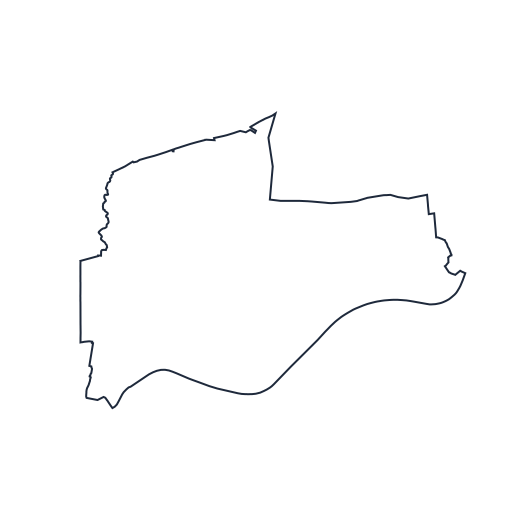 Renkum, Gelderland, Netherlands, rotated 346°
{"feature_id": "6326949B75793102771605", "entity_name": "Renkum", "entity_type": "district", "adm_level": 2, "iso_a3": "NLD", "parent_name": "Netherlands", "parent_adm1": "Gelderland", "projection": "albers", "projection_center": [5.777, 51.992], "detail": "fine", "context": "isolated", "style": "outline", "palette": "slate", "viewbox_px": 512, "rotation_deg": 346, "n_neighbors": 0, "source": "geoboundaries", "source_scale": "gbopen_adm2", "svg_char_len": 5879}
<svg xmlns="http://www.w3.org/2000/svg" viewBox="0 0 512 512"><g transform="rotate(346 256 256)"><path d="M309.4,122.4L305.8,123.7L302.1,124.4L298.5,124.9L291.3,126.6L281.7,129.4L281.7,129.8L283.0,131.1L286.3,134.4L284.8,136.3L281.6,132.8L280.5,132.3L278.0,132.9L276.1,133.5L270.9,130.8L267.6,131.0L264.3,131.3L260.6,131.5L257.0,131.7L253.5,131.7L246.7,131.5L243.8,131.4L243.8,133.6L235.8,131.1L235.0,131.1L234.8,131.0L234.7,131.1L225.6,131.2L219.1,131.4L209.8,132.0L207.2,132.2L204.6,132.3L202.0,132.6L201.3,134.5L200.5,134.2L200.6,132.7L193.7,133.4L185.2,134.0L181.5,134.2L173.9,134.3L166.3,134.6L163.4,135.6L159.9,135.5L159.3,134.6L156.7,135.4L150.5,137.4L142.6,139.0L137.0,140.1L137.1,140.6L137.2,141.2L137.1,141.5L137.0,141.8L136.9,141.9L136.8,142.1L136.5,142.2L135.5,142.6L135.2,142.7L135.1,142.9L135.0,143.1L135.0,144.2L134.9,144.5L134.5,144.9L133.7,145.1L133.2,145.3L133.0,145.6L132.9,145.9L132.9,147.2L132.8,147.6L132.6,147.9L132.4,148.2L132.3,148.3L132.0,148.5L131.6,148.7L130.8,148.8L130.3,149.0L130.0,149.2L129.5,149.6L129.2,150.3L128.6,151.3L127.7,152.6L126.9,153.7L126.8,154.0L126.7,154.3L126.8,154.7L126.9,155.0L127.6,155.9L127.7,156.2L127.7,156.6L127.6,157.0L127.4,157.7L127.2,158.7L127.2,159.1L127.4,160.1L127.4,160.4L127.3,160.6L127.2,160.7L126.5,160.7L126.1,160.7L124.9,160.2L124.4,160.1L124.0,160.3L123.8,160.4L123.5,160.8L123.4,161.0L123.1,161.8L123.0,162.0L123.0,162.7L123.0,163.0L123.2,164.0L123.7,165.7L123.7,166.0L123.6,166.3L123.3,166.5L123.1,166.6L122.4,166.7L122.2,166.8L122.0,167.3L121.8,167.5L121.5,167.7L120.6,168.0L120.4,168.2L120.3,168.4L120.0,169.4L119.4,170.8L119.3,171.9L119.2,172.6L119.1,173.1L119.1,173.6L119.1,173.9L119.3,174.0L120.3,174.8L120.2,175.3L120.2,175.5L120.4,175.9L120.7,176.3L121.7,177.4L122.4,178.3L122.5,178.8L122.4,179.1L122.2,179.5L121.7,179.9L121.0,180.1L120.8,180.2L120.6,180.4L120.4,180.7L120.2,180.9L120.1,181.4L120.2,181.6L120.2,181.8L120.4,182.1L121.2,183.1L121.3,183.3L121.4,183.5L121.3,185.2L121.3,186.9L121.2,187.3L121.0,187.8L120.7,188.1L120.5,188.3L119.4,189.0L119.1,189.1L118.9,189.4L118.7,189.6L118.5,190.0L118.1,191.5L117.8,191.8L116.7,192.2L116.4,192.3L115.7,192.4L114.4,192.3L113.9,192.4L113.0,192.7L112.4,192.9L111.0,193.6L110.4,194.0L109.7,194.3L109.5,194.5L109.1,194.9L109.1,195.1L109.1,195.3L109.2,195.7L109.5,196.3L110.9,198.7L111.0,199.0L111.1,200.1L110.3,200.7L110.0,201.2L109.9,201.6L109.7,202.0L109.7,202.4L109.9,202.8L110.6,203.7L111.3,204.8L112.1,205.6L112.4,205.9L112.6,206.1L113.2,208.4L113.5,208.8L113.7,209.1L113.8,209.3L113.8,209.8L113.7,210.2L113.7,211.0L113.6,211.7L112.8,212.3L112.5,212.7L111.8,213.9L109.9,213.2L109.8,213.3L108.7,213.0L108.0,213.0L107.9,213.0L106.9,213.9L105.7,218.2L102.9,217.3L102.7,217.9L84.4,218.3L84.4,218.7L83.0,224.0L81.2,231.3L80.7,233.2L80.0,236.1L79.5,238.0L79.2,239.5L76.4,250.5L75.9,252.3L75.5,254.1L74.7,257.2L74.6,257.8L74.4,258.7L69.6,278.2L69.4,279.0L67.2,288.3L66.0,292.7L64.8,297.4L65.5,297.4L66.4,297.6L68.6,297.7L73.5,298.4L76.3,299.5L75.8,300.6L76.5,300.9L76.4,301.3L76.7,301.4L67.7,322.3L69.5,323.3L69.4,324.1L69.5,325.0L69.6,325.7L69.5,326.1L67.9,329.7L67.7,330.0L67.3,330.2L67.2,330.2L66.3,331.8L65.9,331.8L65.7,332.0L65.4,332.7L65.5,332.8L66.2,333.4L66.3,333.6L66.3,333.8L65.2,335.6L64.8,336.6L64.6,337.2L64.3,337.6L63.3,339.2L63.0,339.6L62.9,339.8L62.8,340.1L61.9,341.3L60.1,343.4L59.7,344.1L59.3,344.8L58.9,345.8L58.5,346.9L58.4,347.5L58.2,348.1L57.8,349.2L57.4,350.6L57.3,350.9L57.2,351.5L57.3,352.7L67.4,357.4L74.0,355.9L75.5,357.1L76.3,359.2L76.4,359.3L76.5,359.8L76.8,360.3L77.3,361.8L78.8,366.0L79.9,368.8L82.4,368.1L85.0,366.5L87.6,363.7L92.7,357.9L94.7,356.1L97.9,354.1L100.6,352.7L102.7,352.5L120.9,345.9L123.7,344.9L128.0,343.9L132.0,343.4L136.3,343.5L140.2,344.4L143.8,346.0L146.9,348.0L150.4,350.5L161.2,358.7L165.0,361.3L170.5,365.0L179.3,371.0L186.5,375.3L198.3,381.3L205.2,384.8L208.6,386.3L211.4,387.2L212.4,387.5L215.4,388.3L219.0,389.1L222.5,389.6L225.9,389.6L227.0,389.6L231.0,388.9L234.1,388.2L237.6,387.1L239.7,386.2L242.2,384.8L263.2,371.7L292.8,354.0L295.3,352.5L304.8,346.2L311.9,341.8L316.9,339.0L319.4,337.8L321.0,337.1L323.9,335.8L325.8,335.1L328.5,334.2L331.4,333.3L337.4,331.6L340.0,331.1L348.3,329.9L352.4,329.5L356.9,329.4L360.4,329.4L362.9,329.5L365.0,329.7L366.5,329.8L369.5,330.1L374.4,330.9L377.6,331.5L381.1,332.3L382.9,332.8L387.0,334.1L389.1,334.8L391.2,335.5L394.8,337.0L398.0,338.4L409.6,343.6L412.6,344.9L414.0,345.3L415.7,345.6L418.4,346.1L420.0,346.2L422.4,346.3L423.8,346.3L425.2,346.2L426.1,346.1L428.5,345.7L430.0,345.4L432.6,344.7L434.5,343.9L436.2,343.1L439.2,341.6L440.0,341.1L440.9,340.5L441.7,339.9L442.9,338.8L444.3,337.4L445.5,336.2L447.1,334.4L449.5,331.2L450.9,329.3L454.9,323.3L451.4,320.6L450.9,319.9L450.6,319.7L445.6,322.1L445.0,322.4L444.8,322.5L444.1,322.0L442.3,320.9L441.4,320.3L440.4,319.5L440.3,319.3L440.0,318.9L439.3,318.5L436.8,311.6L437.9,311.2L439.7,309.8L441.2,308.8L441.4,307.6L441.6,306.7L441.8,305.7L441.9,305.4L442.0,305.1L442.0,304.8L442.0,304.4L442.3,304.1L442.2,303.8L442.9,303.4L443.6,303.1L444.0,303.0L444.3,302.7L445.3,302.7L445.8,302.7L445.9,302.3L446.0,302.0L446.0,301.9L445.9,301.7L445.6,300.9L445.6,300.4L445.6,299.7L445.3,297.3L445.2,296.4L445.1,295.8L444.7,294.6L444.4,293.7L444.3,292.7L444.1,290.1L443.9,289.4L443.6,289.0L443.4,288.2L443.1,286.8L443.1,286.3L443.0,286.2L442.8,286.2L441.4,285.2L441.2,284.9L437.0,282.0L435.3,281.5L436.7,273.3L437.0,271.3L438.4,262.6L439.2,257.7L433.8,257.2L434.2,254.6L434.9,249.8L435.0,249.1L435.3,247.6L436.8,238.0L429.6,237.6L417.7,237.1L408.1,233.2L401.2,229.2L397.3,228.5L394.7,227.9L393.6,227.8L392.6,227.7L378.1,226.5L376.8,226.6L374.4,226.7L370.3,226.9L369.4,226.9L367.4,227.1L361.1,226.4L342.0,223.0L339.3,222.2L336.0,221.0L323.2,216.6L319.2,215.3L311.1,212.9L309.1,212.4L307.9,212.1L293.3,208.5L283.1,204.6L293.9,173.2L296.3,147.7L296.7,144.2L309.4,122.4Z" fill="none" stroke="#1e293b" stroke-width="2"/></g></svg>